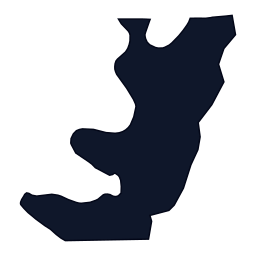 Lake, Tennessee, United States of America
{"feature_id": "52423323B1781163354371", "entity_name": "Lake", "entity_type": "district", "adm_level": 2, "iso_a3": "USA", "parent_name": "United States of America", "parent_adm1": "Tennessee", "projection": "robinson", "projection_center": [-89.539, 36.344], "detail": "fine", "context": "isolated", "style": "filled", "palette": "ink", "viewbox_px": 256, "rotation_deg": 0, "n_neighbors": 0, "source": "geoboundaries", "source_scale": "gbopen_adm2", "svg_char_len": 1623}
<svg xmlns="http://www.w3.org/2000/svg" viewBox="0 0 256 256"><path d="M65.3,240.6L148.5,239.1L151.6,221.3L149.9,215.4L168.9,210.4L174.2,205.1L183.4,188.2L190.9,164.8L197.9,149.7L200.1,136.9L198.2,122.5L211.8,104.7L223.9,81.9L218.5,64.2L223.9,48.5L235.5,34.7L232.1,15.4L225.9,16.1L212.1,17.3L211.1,17.6L205.6,18.3L198.1,18.2L190.2,18.3L188.8,22.0L186.9,25.2L183.1,30.5L178.8,35.8L171.9,42.9L169.2,45.1L164.8,47.3L162.7,48.0L158.2,48.1L155.4,47.5L149.7,44.8L147.1,42.1L145.6,38.8L145.1,36.6L144.9,34.7L145.4,32.7L149.4,21.2L150.1,19.4L146.0,19.2L142.7,19.1L118.5,19.1L121.3,23.7L128.2,30.9L129.4,32.8L130.1,35.1L130.0,41.0L129.2,44.6L127.8,48.4L126.7,50.2L125.5,52.0L117.5,59.1L116.0,61.0L115.1,63.8L114.8,66.8L114.9,69.3L115.6,71.7L116.7,74.3L126.7,88.2L133.4,99.2L135.5,103.9L136.0,106.2L135.9,107.2L133.8,116.9L130.4,124.9L128.2,127.7L125.7,129.9L122.8,131.6L119.2,132.8L115.1,133.3L106.0,132.6L93.5,129.4L82.4,128.9L79.4,129.5L76.4,130.7L73.4,133.8L71.1,138.5L70.8,143.1L71.4,144.7L75.8,153.0L88.7,161.7L91.9,164.1L95.4,167.7L109.6,175.2L112.6,174.5L114.2,173.3L115.2,173.2L118.3,175.4L119.4,176.9L120.7,180.3L121.3,186.5L121.1,193.0L118.5,195.7L117.1,196.3L115.2,196.6L112.8,196.1L110.0,194.6L107.4,194.1L105.0,194.2L103.3,194.8L98.1,199.2L95.9,200.3L90.2,202.3L81.3,203.3L78.9,203.1L76.1,202.4L68.3,199.6L61.0,196.2L57.9,195.2L51.8,194.3L36.7,196.1L31.9,195.2L28.9,193.4L26.6,192.9L24.7,194.4L23.9,196.0L21.7,199.5L20.7,202.0L20.5,203.2L20.7,204.4L21.2,205.1L24.0,208.4L28.1,212.6L32.6,216.3L35.8,219.0L44.9,225.7L50.4,229.2L56.3,234.5L61.0,238.1L65.3,240.6Z" fill="#0f172a" stroke="#020617" stroke-width="1.5"/></svg>